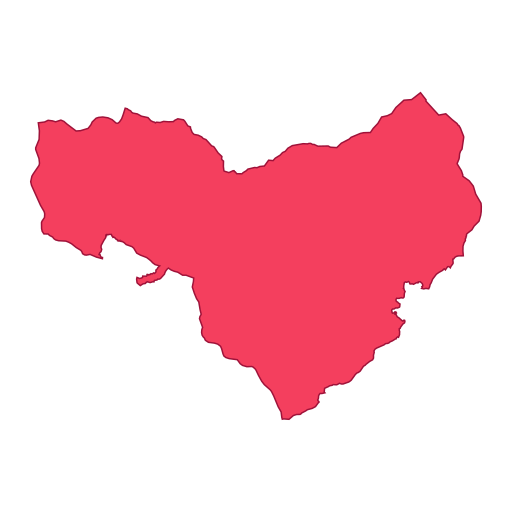 the district of Bistra, Maramures, Romania
{"feature_id": "2599482B95766833415953", "entity_name": "Bistra", "entity_type": "district", "adm_level": 2, "iso_a3": "ROU", "parent_name": "Romania", "parent_adm1": "Maramures", "projection": "mercator", "projection_center": [24.244, 47.867], "detail": "fine", "context": "isolated", "style": "filled", "palette": "rose", "viewbox_px": 512, "rotation_deg": 0, "n_neighbors": 0, "source": "geoboundaries", "source_scale": "gbopen_adm2", "svg_char_len": 6062}
<svg xmlns="http://www.w3.org/2000/svg" viewBox="0 0 512 512"><path d="M398.5,337.3L399.5,334.8L399.6,333.8L399.5,333.3L399.7,331.8L399.3,330.3L399.3,328.7L400.1,328.4L400.7,327.0L402.9,324.0L404.5,322.9L404.9,321.6L404.7,320.4L404.0,320.1L402.9,321.1L402.0,320.6L398.9,317.8L397.2,316.8L396.2,314.7L394.9,314.1L395.3,313.0L396.1,313.3L396.5,313.0L395.8,311.9L394.6,312.0L394.2,312.8L392.8,313.2L392.2,312.9L391.7,310.4L392.0,309.5L392.7,309.0L394.0,309.0L395.7,307.9L397.5,308.0L399.4,307.2L399.7,306.8L400.0,304.0L398.4,303.0L397.6,302.0L397.2,302.0L396.2,301.1L395.9,299.7L396.6,298.3L399.1,298.4L401.3,297.6L402.0,298.0L403.3,297.9L404.1,297.0L404.4,293.2L405.1,291.5L404.2,290.1L404.0,288.8L403.4,288.4L403.8,287.3L403.7,286.1L404.3,282.7L405.4,281.9L406.7,282.3L408.5,281.5L409.4,282.3L409.8,283.8L410.7,284.0L412.3,283.8L413.5,284.3L416.5,282.7L418.0,282.9L418.3,282.6L418.1,282.3L418.2,281.9L420.2,281.7L422.2,283.5L422.8,285.1L422.5,286.4L421.9,286.6L422.3,287.4L421.6,288.4L423.7,288.9L425.9,288.4L428.7,288.8L429.6,286.9L430.1,284.6L431.2,282.8L432.6,279.2L436.4,274.2L439.1,272.3L442.9,270.2L443.2,269.5L444.3,268.8L445.4,269.9L447.6,266.7L448.8,266.6L449.8,267.2L450.3,267.8L451.0,266.3L453.0,263.6L453.1,262.6L452.8,259.2L453.6,259.0L454.9,257.3L456.4,256.4L458.2,255.9L463.3,255.8L462.9,251.0L463.0,246.3L464.0,242.9L465.4,240.6L465.3,238.9L466.0,237.7L466.0,236.5L466.5,235.9L466.4,234.9L466.9,233.7L471.9,229.8L474.1,226.1L479.0,221.2L480.7,215.3L481.2,211.6L481.3,206.5L481.0,203.2L475.7,194.1L473.3,186.1L469.2,180.8L462.8,176.3L462.8,174.9L461.4,170.7L457.2,163.9L457.2,163.4L459.0,159.0L459.3,157.4L459.6,153.8L460.5,151.2L462.0,149.1L463.7,137.5L463.6,136.3L460.4,128.1L458.9,125.6L458.2,125.3L457.0,123.5L452.2,119.7L445.8,113.8L438.7,115.1L425.9,101.1L426.1,99.9L420.5,92.7L411.6,99.6L403.9,100.2L395.9,107.5L391.7,113.6L387.4,115.7L381.6,117.0L377.9,123.4L373.2,128.4L370.4,132.5L363.7,132.7L360.4,133.4L351.1,137.3L349.2,139.1L341.3,143.2L336.8,147.6L330.4,147.2L328.2,146.0L317.9,146.2L314.0,144.4L312.7,144.5L310.7,143.4L309.0,143.4L307.5,143.9L303.1,143.7L292.3,145.6L287.9,148.2L285.3,151.3L282.5,152.6L280.2,155.1L275.2,158.2L273.1,160.6L268.6,160.2L264.4,166.0L259.8,166.5L257.0,167.7L254.6,167.5L247.9,169.1L246.3,170.7L243.2,172.6L241.9,173.8L236.7,173.7L235.2,171.8L234.4,171.7L234.1,170.7L233.1,170.7L228.9,172.6L224.4,171.2L223.9,170.8L223.4,166.5L223.5,161.1L222.2,160.0L221.6,159.0L221.9,156.5L218.1,152.9L214.2,147.2L213.6,146.6L211.7,145.9L206.0,139.6L203.2,138.5L201.7,136.9L198.2,135.2L194.0,134.4L192.2,132.5L190.6,128.5L190.4,126.9L187.8,125.9L184.9,121.3L183.5,119.8L177.8,118.8L174.4,120.5L173.5,121.6L168.7,121.8L163.6,121.4L160.2,122.5L156.5,122.2L155.3,122.9L154.6,122.2L153.0,121.8L150.8,120.7L148.0,117.6L141.5,116.2L137.3,113.9L133.0,113.1L131.8,112.4L130.6,110.8L128.2,109.6L127.4,108.8L125.2,108.2L123.1,114.9L121.6,118.9L119.6,121.8L118.3,123.0L117.5,123.3L116.1,123.1L112.2,119.7L108.0,117.8L102.8,117.0L98.6,117.4L96.1,118.2L92.2,122.0L90.9,124.8L88.1,128.4L80.4,130.7L76.1,131.0L67.0,124.1L63.9,121.4L60.9,120.1L55.6,121.8L52.6,120.9L48.1,120.3L44.6,122.0L38.3,122.8L39.4,130.8L39.1,139.4L35.7,147.8L35.7,149.5L39.0,158.6L39.5,163.2L39.1,165.3L33.3,173.8L31.9,176.2L30.7,181.7L31.5,185.2L33.3,189.3L40.5,205.3L44.2,211.7L44.7,213.9L44.5,217.5L42.0,221.2L41.5,222.6L41.6,228.6L42.2,231.3L43.9,233.9L48.1,234.0L49.5,235.4L52.6,237.0L53.9,238.7L55.6,239.9L58.5,240.7L65.8,241.1L68.7,242.2L71.6,243.8L76.2,247.5L80.8,250.3L81.8,251.6L82.6,253.7L84.6,254.9L86.4,255.1L90.1,254.4L96.4,257.1L102.4,258.7L102.5,257.5L101.3,257.3L100.4,255.9L100.0,254.6L99.1,254.5L99.8,252.7L101.0,251.7L101.6,249.8L101.7,249.3L101.0,247.4L101.2,245.4L103.9,240.3L105.7,237.6L105.8,236.0L106.3,235.9L106.0,235.2L106.5,235.1L106.4,234.7L106.9,234.4L108.0,234.8L109.0,234.4L111.4,234.4L111.9,236.0L113.3,236.9L113.1,237.3L114.0,237.2L114.4,237.7L115.2,238.0L115.9,239.1L117.1,239.5L117.5,240.6L118.1,240.4L118.4,241.0L119.4,241.0L119.8,240.6L119.9,241.1L121.4,241.5L121.7,241.2L124.1,242.6L126.2,244.6L131.9,246.6L133.7,248.1L136.7,253.1L140.4,255.1L146.6,257.5L149.4,259.6L151.7,261.6L152.3,262.5L155.1,264.6L159.7,265.9L157.9,267.6L157.3,268.8L155.9,270.1L156.0,271.8L154.6,273.4L153.6,272.9L152.2,273.9L150.9,273.7L150.3,274.5L149.2,274.5L148.8,275.0L147.5,274.4L147.0,274.5L147.1,275.4L146.4,276.2L142.7,276.1L142.5,277.5L141.5,278.0L139.6,278.5L137.0,277.4L136.6,279.1L137.0,282.4L137.3,283.1L140.3,285.6L142.9,283.9L145.5,283.4L146.0,282.5L147.0,282.1L147.2,281.7L150.1,282.6L153.0,281.7L153.9,281.9L154.4,280.4L157.0,280.0L157.5,279.2L159.3,279.1L160.5,278.5L164.5,274.1L164.8,272.9L165.8,270.9L167.1,269.2L168.4,268.1L171.0,269.9L174.3,271.3L177.8,272.2L182.6,275.2L186.0,275.2L193.7,278.0L193.4,281.7L192.3,287.0L194.4,293.4L196.6,298.7L198.8,302.0L200.1,309.8L201.2,314.3L199.9,316.7L199.5,318.7L202.6,327.3L201.8,329.8L201.6,332.5L202.1,335.1L203.3,337.0L204.3,337.9L205.4,340.3L208.4,342.3L214.4,343.1L217.7,344.1L220.5,346.2L221.6,348.6L223.0,353.8L223.9,356.0L225.8,357.5L229.1,358.6L237.3,359.7L240.2,363.7L242.5,365.4L246.9,366.7L251.6,366.5L252.7,366.8L254.9,368.6L256.0,370.1L258.6,375.6L261.7,381.2L264.3,384.6L270.3,389.9L271.5,391.5L273.7,395.9L278.2,406.8L281.1,411.9L281.8,417.4L282.3,419.2L283.7,418.9L289.0,419.3L293.4,415.5L296.5,414.5L300.0,414.4L300.8,414.0L301.7,413.0L305.7,410.9L307.4,409.7L312.2,408.4L315.5,406.6L318.1,403.0L319.0,402.2L318.9,401.5L317.9,400.6L317.7,399.8L318.3,398.8L318.5,397.5L318.6,395.8L319.3,394.4L320.0,393.5L322.0,393.5L324.9,392.8L324.2,392.0L324.6,388.3L328.6,386.5L329.5,385.8L332.2,385.3L333.1,384.6L336.4,384.8L337.4,384.5L339.4,383.3L341.5,384.0L343.0,384.0L348.8,382.0L350.1,381.1L351.3,380.1L355.4,374.4L357.2,372.8L358.3,372.5L360.2,371.1L363.5,366.2L365.1,365.3L366.0,364.3L369.7,361.4L372.6,359.8L373.5,358.1L373.5,355.1L374.2,352.4L374.0,350.9L375.0,349.2L376.6,348.1L384.1,344.8L385.6,343.6L387.6,343.4L388.9,342.9L390.0,341.9L392.3,340.9L395.5,338.9L396.2,338.8L396.5,337.8L397.6,336.9L398.5,337.3Z" fill="#f43f5e" stroke="#9f1239" stroke-width="1.5"/></svg>